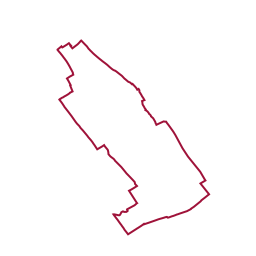 outline of Varlezi, Galati, Romania, rotated 340°
{"feature_id": "2599482B39288549559183", "entity_name": "Varlezi", "entity_type": "district", "adm_level": 2, "iso_a3": "ROU", "parent_name": "Romania", "parent_adm1": "Galati", "projection": "equal_earth", "projection_center": [27.823, 45.929], "detail": "fine", "context": "isolated", "style": "outline", "palette": "rose", "viewbox_px": 256, "rotation_deg": 340, "n_neighbors": 0, "source": "geoboundaries", "source_scale": "gbopen_adm2", "svg_char_len": 4509}
<svg xmlns="http://www.w3.org/2000/svg" viewBox="0 0 256 256"><g transform="rotate(340 128 128)"><path d="M114.0,29.8L113.9,29.8L113.6,30.0L113.4,30.0L112.3,30.6L112.2,30.7L109.8,31.9L109.1,32.2L103.0,34.1L102.0,31.2L102.6,31.1L102.0,29.6L101.8,29.0L101.5,28.1L100.0,28.5L99.4,28.7L94.1,29.8L93.8,29.8L93.5,28.9L93.4,28.5L90.9,29.4L89.2,30.0L88.6,30.2L88.5,30.4L88.6,30.7L88.8,31.2L88.9,31.6L89.0,32.0L89.3,32.7L89.4,33.0L89.5,33.3L89.8,34.0L89.9,34.3L90.0,34.5L90.3,35.4L90.3,35.6L90.5,36.0L90.6,36.3L90.7,36.7L90.9,37.1L91.0,37.6L91.1,37.8L91.2,38.2L91.3,38.5L91.5,39.2L91.7,40.0L92.0,40.7L92.2,41.5L92.6,42.8L93.1,44.6L93.7,47.5L94.0,49.3L94.2,50.4L94.3,51.4L94.8,54.8L95.1,57.1L94.9,57.5L94.9,57.9L94.8,59.2L90.9,59.8L87.6,60.6L88.1,63.1L88.8,68.2L88.6,68.3L88.2,68.3L88.4,74.7L85.4,75.0L85.0,75.4L83.6,75.7L83.1,75.9L82.9,75.9L80.9,76.3L79.7,76.5L79.1,76.5L78.3,76.8L77.6,76.9L77.3,77.0L77.1,77.0L76.9,77.0L76.3,77.0L75.8,77.1L75.4,77.2L74.9,77.4L74.6,77.4L74.5,77.5L74.3,77.5L74.1,77.5L73.6,77.6L73.2,77.8L73.8,79.7L74.2,80.9L74.4,81.7L74.5,81.9L74.9,83.6L75.3,85.3L75.5,86.1L75.5,86.5L75.7,87.1L75.9,87.6L76.8,90.4L77.3,91.9L79.0,97.4L79.7,100.0L80.9,104.5L81.2,105.3L81.4,106.1L82.1,107.7L82.7,109.0L83.0,109.8L83.4,111.6L84.9,115.2L87.1,121.4L87.6,123.2L88.9,126.5L89.4,128.0L89.8,129.3L90.1,130.7L90.7,132.8L91.8,137.5L97.8,136.4L99.7,135.9L100.0,137.4L101.4,141.3L101.5,142.0L101.3,143.6L101.2,144.1L101.1,144.5L100.7,145.9L100.8,146.2L101.5,148.1L101.7,148.6L102.5,149.9L103.9,152.0L104.0,152.2L104.5,153.6L104.6,154.3L106.7,158.8L107.8,161.2L108.1,161.8L108.4,162.5L110.2,167.6L111.1,170.3L111.5,171.1L111.8,171.8L114.8,178.6L115.8,181.1L115.5,183.0L116.6,185.6L116.3,185.7L116.0,185.7L115.2,185.9L112.4,186.5L109.8,187.0L109.7,187.0L107.5,187.3L110.7,201.5L110.8,201.7L110.4,201.8L108.2,202.7L107.5,202.9L101.4,203.8L99.3,204.1L99.2,204.2L99.2,204.3L99.4,205.6L99.3,205.8L99.0,206.0L98.1,206.1L97.8,206.2L97.5,206.2L96.3,205.7L95.8,205.6L95.4,205.3L94.9,204.7L94.7,204.6L93.5,204.8L93.1,204.8L92.9,205.0L90.9,206.8L90.1,207.0L89.8,207.0L89.5,206.8L88.8,206.5L87.8,205.8L85.3,204.3L84.8,204.2L85.0,205.0L85.2,205.7L85.5,206.5L86.0,208.3L86.4,209.5L86.8,210.7L87.2,212.2L87.4,213.0L87.7,214.0L88.1,215.5L88.5,216.6L88.7,217.6L89.0,218.6L89.2,219.3L89.5,220.2L90.0,222.7L90.8,225.0L91.7,227.9L98.8,226.3L101.5,225.7L102.2,225.5L102.9,225.4L105.1,224.9L107.3,224.4L110.0,223.6L110.0,224.0L110.8,224.0L114.7,224.1L121.9,224.2L125.3,224.2L127.1,224.3L129.6,224.5L131.5,224.6L132.2,224.6L132.5,224.6L132.9,224.7L133.3,224.7L133.6,224.7L133.9,224.8L134.2,224.9L134.3,225.0L134.4,225.5L134.5,225.7L134.7,225.8L134.9,225.9L135.3,225.9L135.6,226.0L135.8,226.0L136.8,226.0L137.9,226.0L138.9,226.0L139.3,226.0L140.2,226.1L140.5,226.1L141.5,226.1L142.7,226.1L144.3,226.0L144.5,226.0L144.9,226.1L146.3,226.1L147.2,226.1L154.8,226.3L155.3,226.3L156.4,226.1L158.0,225.9L159.4,225.7L159.6,225.4L162.9,224.6L171.3,221.7L172.1,221.1L176.8,219.6L181.5,218.0L177.1,204.9L182.8,203.8L182.4,202.0L180.9,193.8L174.6,175.4L172.3,165.7L170.1,150.8L169.3,146.9L167.8,141.5L167.6,140.8L166.9,138.4L166.4,136.9L166.2,136.2L166.0,135.1L164.8,134.6L163.7,134.0L160.2,134.3L156.7,134.6L155.8,134.7L155.8,134.1L155.6,133.1L155.7,131.4L155.0,127.5L154.3,126.2L153.6,124.9L153.7,124.6L153.6,123.9L153.5,123.6L153.5,123.4L153.3,123.0L153.1,122.6L152.8,122.2L152.6,121.7L152.6,121.1L152.5,120.7L152.4,120.4L152.2,119.8L152.0,119.3L151.9,119.0L151.5,118.4L151.3,118.1L151.1,117.9L150.9,117.6L150.5,117.1L151.0,116.7L150.8,116.2L150.8,115.8L150.6,115.4L150.5,115.0L150.4,114.5L150.4,114.1L150.2,112.9L150.1,112.4L150.0,112.1L149.9,111.5L149.8,110.9L150.1,109.3L150.3,108.7L150.4,107.5L151.2,107.5L152.1,107.4L153.0,107.4L152.8,106.3L152.7,105.4L152.4,104.5L152.3,103.8L152.1,103.3L151.8,101.1L151.6,100.4L151.6,99.8L151.3,99.0L151.1,98.1L151.1,97.9L151.6,96.4L151.3,94.9L149.8,95.2L149.6,94.1L149.6,93.7L148.8,91.5L148.4,90.6L147.3,88.0L147.2,88.0L146.7,88.2L145.6,86.1L145.4,85.8L144.1,84.7L142.4,81.7L142.1,81.1L141.8,80.8L141.5,80.2L140.8,78.5L140.1,76.9L139.8,76.4L138.4,74.2L136.3,70.8L135.2,69.4L134.9,69.3L133.8,68.1L133.4,67.4L133.1,67.1L131.8,64.8L131.6,64.5L130.8,62.9L130.0,61.4L128.5,59.0L127.9,58.1L127.5,57.5L126.6,56.1L126.2,55.4L125.6,54.4L125.2,53.8L124.2,52.1L123.7,51.2L123.1,50.2L122.3,48.7L121.8,47.9L121.6,47.5L120.6,45.6L119.9,44.0L118.9,42.0L118.7,41.4L118.5,40.9L118.1,40.2L117.3,37.2L117.2,37.0L116.4,35.3L116.0,34.4L115.9,34.2L114.5,31.0L114.0,29.8Z" fill="none" stroke="#9f1239" stroke-width="2"/></g></svg>